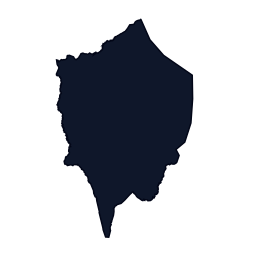 the district of Tarlac, Tarlac, Philippines, rotated 175°
{"feature_id": "2640588B80128813909947", "entity_name": "Tarlac", "entity_type": "district", "adm_level": 2, "iso_a3": "PHL", "parent_name": "Philippines", "parent_adm1": "Tarlac", "projection": "equal_earth", "projection_center": [120.673, 15.515], "detail": "fine", "context": "isolated", "style": "filled", "palette": "ink", "viewbox_px": 256, "rotation_deg": 175, "n_neighbors": 0, "source": "geoboundaries", "source_scale": "gbopen_adm2", "svg_char_len": 5819}
<svg xmlns="http://www.w3.org/2000/svg" viewBox="0 0 256 256"><g transform="rotate(175 128 128)"><path d="M164.1,46.3L161.7,30.8L161.6,28.7L159.8,21.4L156.7,20.9L154.4,27.4L154.6,28.5L154.5,30.9L153.7,32.5L153.2,33.1L153.6,34.5L153.5,35.0L152.9,35.3L153.0,35.8L152.5,36.1L152.2,37.2L150.1,42.3L149.3,45.9L149.1,48.7L149.4,48.9L148.1,50.6L147.8,51.3L146.5,51.8L145.4,52.7L141.5,53.5L137.7,56.4L131.8,61.8L128.7,64.1L128.0,63.2L127.8,62.4L126.4,61.2L126.2,60.8L125.3,59.0L124.2,57.8L121.9,56.2L121.9,55.9L121.1,55.4L120.8,55.0L119.5,54.4L119.1,54.9L118.8,55.1L117.9,54.6L117.9,54.8L118.3,55.3L118.3,55.5L117.0,55.0L115.5,54.8L114.8,54.5L114.5,53.8L111.9,53.8L110.4,54.7L109.8,55.4L109.4,57.0L108.3,56.0L107.8,56.4L107.8,57.1L107.1,57.7L107.2,58.7L106.8,59.2L106.8,59.6L105.5,59.4L105.1,60.0L104.6,60.0L104.1,60.7L104.4,61.2L103.6,61.7L103.6,62.8L103.8,63.7L103.7,63.9L103.3,64.1L103.4,64.8L103.2,65.1L103.5,65.6L103.2,66.4L103.6,66.6L103.5,67.0L103.7,67.3L103.3,68.0L102.9,68.1L102.8,68.6L102.6,68.5L102.3,68.8L102.1,69.5L101.8,69.6L101.7,69.9L102.0,70.1L101.9,70.4L101.4,70.2L100.9,70.3L100.8,70.6L100.6,70.8L100.3,70.5L100.2,70.6L100.6,70.8L100.1,71.4L100.2,72.1L99.7,72.5L99.6,72.9L99.0,73.1L98.9,73.5L98.5,74.0L98.4,75.5L97.7,76.1L97.0,76.3L96.7,76.8L96.6,77.6L96.7,78.8L96.6,79.7L95.9,81.0L95.6,82.1L94.7,83.0L93.9,84.1L93.8,84.5L94.1,86.0L93.6,87.1L93.0,87.6L92.9,87.9L92.2,87.9L90.9,88.4L90.5,88.4L89.9,87.8L89.3,88.0L88.9,88.3L88.6,88.8L87.7,89.2L87.3,88.4L87.0,88.6L86.6,88.2L85.2,88.0L84.2,88.5L83.9,88.8L83.6,88.6L82.4,89.6L79.5,96.2L82.1,102.4L72.7,109.0L64.9,127.5L61.1,151.4L59.4,175.0L86.2,197.2L98.5,214.0L105.7,235.0L105.9,235.1L107.2,234.2L107.5,234.4L108.3,234.4L110.3,233.8L111.5,233.0L113.1,230.7L117.3,230.6L119.7,227.3L122.3,224.5L124.0,223.8L126.0,222.7L126.7,222.6L129.9,220.9L130.3,220.9L130.7,220.6L131.1,220.1L131.8,220.2L132.3,219.9L132.7,220.0L133.2,219.6L133.4,218.9L133.7,219.0L133.9,218.3L134.5,217.9L134.4,217.6L134.6,217.2L135.0,216.9L135.2,217.1L135.4,216.7L135.5,216.5L136.1,216.5L136.3,216.6L136.3,216.3L136.5,216.3L137.2,216.4L137.6,216.3L137.7,216.8L138.0,216.9L138.7,215.9L139.0,215.8L139.6,216.2L140.1,215.9L140.7,216.2L141.0,216.7L141.7,216.4L142.2,215.7L142.2,215.3L142.5,214.9L143.3,215.2L143.8,214.5L144.4,214.3L144.7,213.7L145.3,214.0L145.3,213.7L145.6,213.6L145.8,213.0L146.3,212.5L145.6,212.6L146.5,210.6L146.3,209.6L146.6,209.4L146.7,208.7L147.0,208.1L147.4,207.7L147.8,207.9L148.4,207.3L148.6,206.7L149.1,206.6L151.5,205.2L152.6,205.7L155.6,204.0L154.5,205.8L157.4,204.5L159.7,206.0L161.5,204.8L162.8,205.4L164.7,205.6L166.4,206.5L168.0,206.2L168.7,205.8L169.2,204.6L170.2,203.6L171.0,202.2L172.8,201.2L173.5,200.6L174.5,200.9L175.5,202.2L176.1,203.6L180.0,205.5L181.4,205.4L181.6,205.2L181.9,205.4L182.4,205.0L182.6,203.1L183.0,202.8L183.3,202.0L183.5,201.9L185.0,201.6L186.5,201.7L187.2,201.4L188.2,201.9L188.8,201.7L191.2,200.0L191.8,201.5L193.2,202.0L193.0,197.7L192.6,196.5L192.0,195.7L191.5,193.8L194.6,188.0L194.6,187.0L194.0,186.3L193.2,186.3L192.8,186.0L192.1,186.0L191.4,185.1L191.6,184.6L190.7,183.7L190.8,183.2L190.4,182.5L190.7,181.1L190.5,180.1L190.5,179.5L190.2,178.8L190.5,177.9L190.9,177.8L190.8,177.5L191.0,177.5L191.1,176.8L191.3,176.6L191.2,176.3L191.4,176.1L191.3,175.9L191.7,175.8L191.5,174.5L191.8,174.0L192.3,172.8L192.2,170.0L191.6,169.7L191.4,169.0L191.7,168.4L191.6,168.2L192.7,167.3L192.8,166.6L193.1,166.3L193.3,164.9L193.3,163.9L193.7,163.8L194.2,163.2L193.9,162.1L194.2,161.8L194.5,161.0L195.0,160.6L195.8,158.9L196.0,157.9L196.5,157.6L196.6,157.3L196.0,157.1L196.0,156.6L195.8,156.2L195.9,154.6L195.3,154.3L195.5,153.7L195.6,152.9L196.0,152.9L196.0,152.3L195.1,151.5L195.0,151.1L194.4,151.0L193.7,150.5L193.5,149.5L192.9,149.6L192.7,148.9L191.8,147.4L191.8,146.4L192.5,145.6L192.0,144.4L192.2,144.0L191.8,143.7L191.8,143.1L191.9,142.9L192.2,143.3L192.5,143.0L192.3,142.5L193.1,140.9L192.8,140.5L193.2,139.9L193.2,138.6L193.5,138.4L193.4,138.1L193.2,137.9L193.1,137.5L193.2,137.2L193.2,136.9L193.1,136.6L192.6,136.7L192.9,136.1L193.3,135.9L193.0,135.7L193.2,135.1L192.7,134.1L192.4,134.3L191.9,133.6L192.4,133.2L192.0,132.5L192.3,132.1L192.4,131.1L192.2,130.8L191.8,130.6L191.9,130.0L191.9,129.4L191.4,129.3L191.2,129.1L191.0,129.3L190.6,129.0L190.6,128.6L189.8,127.3L190.4,126.5L190.2,126.4L190.6,126.2L190.3,125.8L190.2,126.1L190.0,125.4L189.7,125.4L189.8,125.1L189.5,125.1L189.6,124.6L189.4,125.0L189.1,124.4L189.1,124.1L189.3,124.3L189.6,123.9L189.6,123.7L189.4,123.5L189.8,123.4L189.7,123.0L190.0,122.9L189.6,122.5L189.8,122.2L189.5,122.1L189.4,122.0L189.5,121.8L189.6,121.3L189.8,121.2L189.7,121.0L189.4,120.9L189.3,121.1L189.3,120.9L189.1,120.9L189.1,120.7L188.8,120.8L188.9,120.6L188.7,120.3L188.8,119.4L188.7,119.4L188.7,119.0L188.5,118.5L188.4,118.6L188.0,118.3L187.7,118.4L187.7,118.1L186.7,116.9L187.5,116.1L187.2,115.0L186.9,114.8L186.8,114.5L188.1,114.3L188.4,114.1L188.4,113.4L188.5,112.7L188.5,112.0L188.9,111.5L189.1,109.9L188.7,109.0L188.5,108.9L188.6,108.1L188.9,107.8L189.2,107.0L189.9,106.7L189.9,106.2L190.4,105.7L191.6,104.8L191.9,104.7L192.2,104.8L192.4,104.6L192.3,104.4L192.6,104.2L192.6,103.8L192.8,103.8L193.0,103.0L193.5,101.8L193.9,100.9L194.2,100.9L194.5,100.5L194.4,99.5L194.2,98.0L194.0,97.6L193.7,97.8L192.9,97.1L192.0,96.8L191.8,96.4L191.8,96.0L191.6,95.9L188.0,96.4L186.2,95.4L185.3,96.2L184.0,96.2L182.6,95.9L181.5,95.9L181.4,95.7L181.1,96.1L177.7,91.6L177.9,91.3L177.8,90.9L176.7,90.3L175.7,89.4L175.5,88.8L175.6,88.1L174.9,87.2L174.6,87.1L174.4,86.4L174.6,85.5L174.5,85.1L173.0,83.9L172.8,83.6L172.6,83.1L172.3,82.9L172.2,82.4L172.2,81.5L171.9,80.5L172.3,79.4L172.2,78.8L171.9,77.9L171.5,78.1L171.2,76.8L170.1,76.1L167.8,68.7L167.8,65.9L166.7,62.4L166.3,62.1L165.8,62.2L165.3,60.6L165.3,60.2L165.5,60.2L165.4,58.0L163.8,47.0L164.1,46.3Z" fill="#0f172a" stroke="#020617" stroke-width="1.5"/></g></svg>